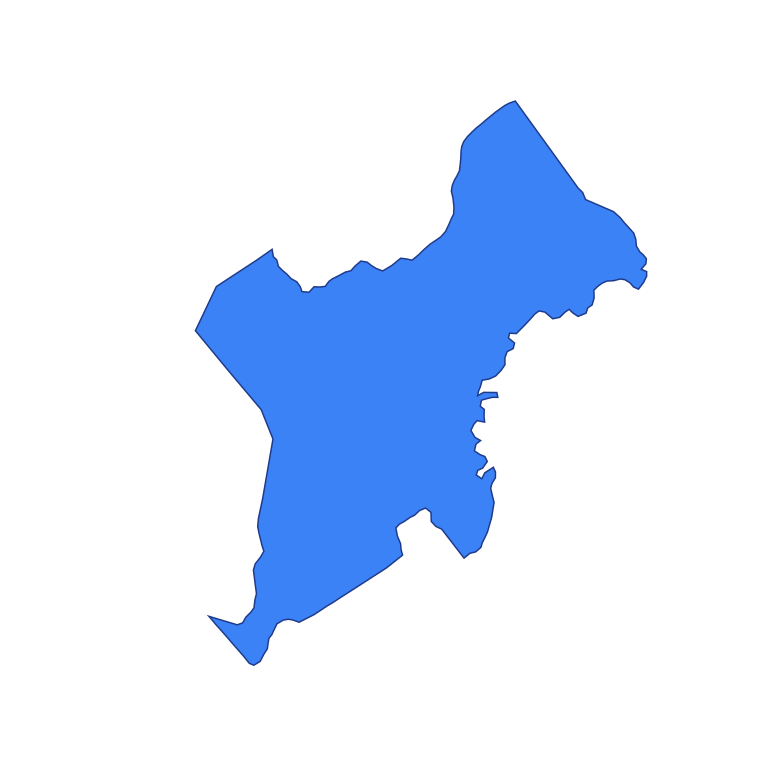 Santo Amaro, Bahia, Brazil (orthographic projection), rotated 227°
{"feature_id": "56859067B18701352119559", "entity_name": "Santo Amaro", "entity_type": "district", "adm_level": 2, "iso_a3": "BRA", "parent_name": "Brazil", "parent_adm1": "Bahia", "projection": "orthographic", "projection_center": [-38.783, -12.548], "detail": "fine", "context": "isolated", "style": "filled", "palette": "blue", "viewbox_px": 768, "rotation_deg": 227, "n_neighbors": 0, "source": "geoboundaries", "source_scale": "gbopen_adm2", "svg_char_len": 2957}
<svg xmlns="http://www.w3.org/2000/svg" viewBox="0 0 768 768"><g transform="rotate(227 384 384)"><path d="M333.5,97.5L328.1,97.3L323.1,97.0L309.9,96.7L304.0,96.5L297.3,96.2L281.2,95.7L271.6,95.0L267.1,97.0L265.6,104.2L268.3,111.9L269.9,118.1L273.3,122.2L276.5,126.4L277.2,131.0L279.0,135.4L281.6,142.1L280.1,149.1L277.4,153.4L273.8,156.3L267.7,159.4L263.0,175.7L260.5,190.8L259.0,197.7L257.5,206.7L256.6,211.5L250.7,244.3L247.8,260.5L246.2,280.9L251.2,283.5L255.9,287.2L263.7,290.1L270.6,294.5L271.0,299.6L269.6,305.5L268.6,312.4L267.2,316.7L267.2,323.7L264.9,329.8L258.1,330.8L251.2,324.8L244.5,324.8L238.5,327.2L202.1,323.8L201.6,331.3L198.7,336.6L198.4,343.4L201.1,348.1L202.8,352.9L205.3,358.9L213.0,371.7L222.4,383.8L228.1,386.9L235.0,390.9L237.7,395.2L239.4,401.5L243.6,405.5L248.5,407.2L250.3,397.2L248.0,390.9L254.6,389.4L256.9,393.7L255.2,398.7L256.9,406.7L262.1,408.3L267.1,406.0L273.4,404.5L277.3,410.3L276.8,416.1L282.9,414.1L290.8,415.9L293.3,422.3L293.7,427.1L287.5,431.6L291.7,434.7L297.1,440.0L302.1,439.2L305.7,444.3L302.7,450.0L300.2,454.4L296.6,458.1L300.8,460.7L305.2,456.1L309.9,451.2L311.6,444.5L314.3,448.3L316.3,452.6L319.8,458.4L315.9,464.4L313.7,471.2L314.1,479.0L315.6,485.6L320.7,490.3L323.7,496.1L321.8,502.6L324.9,507.4L332.8,506.4L335.5,510.5L330.6,515.2L330.8,520.0L331.1,526.8L331.7,535.6L332.3,542.3L331.7,547.2L326.9,550.7L316.6,551.9L312.9,558.0L313.1,565.0L312.4,570.3L307.1,570.6L301.1,572.0L298.0,580.1L300.7,584.9L299.9,590.2L303.6,596.3L309.5,601.5L309.6,607.1L309.0,612.2L307.3,617.2L302.8,622.6L299.7,628.4L296.0,631.3L290.3,632.9L284.7,632.7L279.8,634.8L281.2,643.0L283.7,649.6L287.1,652.7L292.5,650.4L293.3,657.5L296.5,661.2L301.1,661.7L306.2,661.2L312.6,662.6L318.4,667.0L324.0,669.5L331.1,669.7L337.4,669.7L344.4,670.2L353.5,669.4L381.4,657.2L388.6,659.9L394.9,659.6L501.4,673.0L504.1,666.8L505.3,662.2L506.0,656.9L506.8,650.9L507.1,646.1L507.6,638.8L507.8,632.6L508.3,626.5L508.3,620.1L508.0,613.6L506.9,607.6L504.7,602.9L501.6,599.0L496.8,594.2L492.8,589.7L488.4,584.4L486.5,579.4L485.0,574.4L482.5,569.1L479.1,564.8L472.7,561.1L465.3,555.5L460.7,550.7L459.0,546.0L456.8,541.1L453.6,533.1L452.9,526.1L453.5,521.3L454.8,513.5L455.1,505.2L454.9,497.3L455.4,489.0L460.0,485.8L464.6,482.0L464.9,477.0L465.4,470.4L467.6,460.1L474.0,457.0L479.1,455.6L484.6,454.8L489.7,450.9L490.0,443.0L489.4,437.0L492.2,432.0L494.1,424.7L496.1,418.1L496.6,413.5L495.4,407.7L498.7,403.2L502.8,399.2L502.3,391.7L507.5,387.0L512.3,389.1L518.3,389.9L524.4,387.9L530.5,387.9L536.4,387.2L542.0,387.0L547.9,390.2L552.6,389.9L558.8,394.0L561.4,375.4L569.6,327.9L551.6,282.4L501.8,279.4L494.2,279.0L449.0,276.7L432.5,270.3L419.5,265.3L383.1,217.3L371.4,200.6L365.9,194.4L360.1,190.8L354.4,187.6L349.2,184.7L343.6,182.1L341.6,175.5L340.3,167.2L337.0,161.6L328.9,155.8L323.4,151.8L317.7,147.8L314.1,142.3L308.9,136.2L307.9,130.4L307.7,124.0L305.7,117.7L308.0,112.4L333.5,97.5Z" fill="#3b82f6" stroke="#1e3a8a" stroke-width="1.5"/></g></svg>